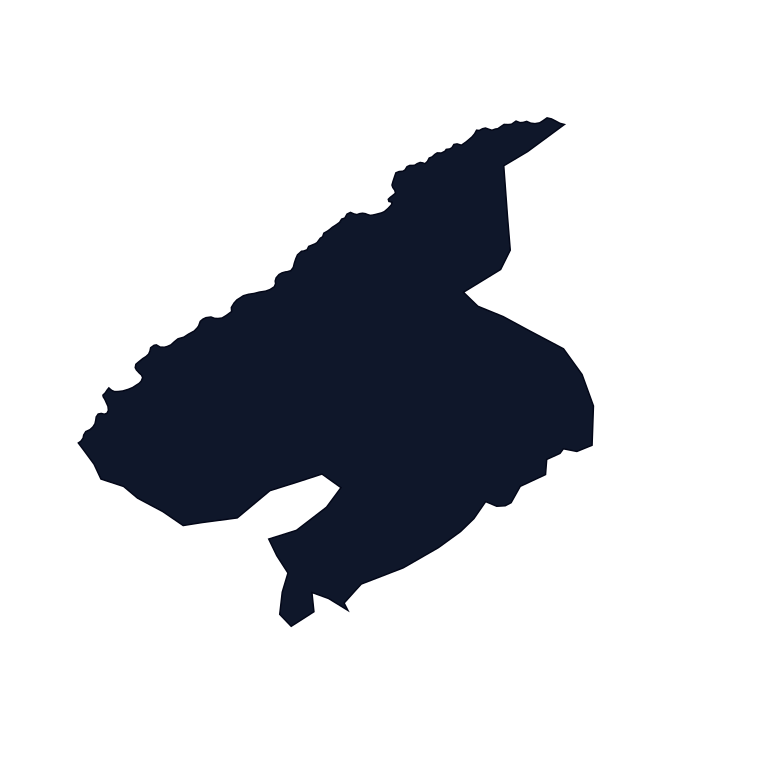 outline of Armavir, Armavir, Armenia, rotated 148°
{"feature_id": "60910142B17839565239341", "entity_name": "Armavir", "entity_type": "district", "adm_level": 2, "iso_a3": "ARM", "parent_name": "Armenia", "parent_adm1": "Armavir", "projection": "orthographic", "projection_center": [44.066, 40.108], "detail": "fine", "context": "isolated", "style": "filled", "palette": "ink", "viewbox_px": 768, "rotation_deg": 148, "n_neighbors": 0, "source": "geoboundaries", "source_scale": "gbopen_adm2", "svg_char_len": 3204}
<svg xmlns="http://www.w3.org/2000/svg" viewBox="0 0 768 768"><g transform="rotate(148 384 384)"><path d="M397.3,218.3L384.7,221.0L379.1,222.2L360.1,230.4L353.2,220.6L345.7,216.5L339.1,216.0L322.7,225.0L295.0,221.6L286.0,233.8L271.5,231.9L266.2,234.0L256.2,224.6L240.0,221.8L218.0,254.4L211.0,287.1L213.1,318.7L233.0,353.0L247.2,378.0L263.2,400.2L268.0,419.7L224.4,419.3L206.0,430.6L190.5,460.6L166.8,505.6L139.0,505.0L93.5,508.5L96.7,511.9L99.1,516.1L101.5,520.1L104.7,523.3L110.0,523.0L113.6,523.0L118.0,524.8L121.4,527.5L123.8,531.1L127.4,532.1L130.2,533.6L132.7,537.0L138.2,536.7L141.2,538.2L144.6,540.5L147.8,540.4L152.2,540.2L154.4,541.2L158.0,542.0L160.1,544.5L162.3,547.3L165.2,548.3L168.8,548.5L171.0,550.2L174.5,548.2L178.5,546.9L185.9,545.8L191.8,545.5L194.8,548.9L197.8,550.1L201.2,548.4L203.7,548.5L206.9,550.0L209.0,549.1L213.0,549.5L216.4,551.8L219.0,551.8L223.0,551.1L225.9,551.7L229.1,549.8L232.5,549.1L234.0,551.0L235.9,552.7L239.1,553.3L241.8,553.2L243.6,554.0L246.3,555.7L249.3,556.1L252.8,554.4L255.2,554.4L258.6,556.2L262.0,556.8L265.7,553.8L269.3,550.8L271.8,548.5L272.0,547.8L272.4,545.9L272.2,542.5L273.2,539.7L279.7,539.0L282.5,538.4L283.1,536.2L282.2,535.4L280.9,533.7L282.8,532.0L287.7,530.7L292.3,530.0L295.3,530.4L300.4,532.0L300.5,532.0L304.2,533.3L306.3,534.3L308.3,536.6L309.5,538.3L311.7,540.2L314.4,541.4L317.2,542.0L319.3,544.1L321.5,547.3L325.3,547.7L329.3,545.5L332.5,546.3L336.0,544.6L341.3,544.3L344.7,544.3L348.1,543.8L350.8,543.6L355.1,543.8L358.0,541.4L360.8,541.4L365.8,539.4L368.1,539.4L372.8,540.2L374.9,540.6L378.1,538.6L381.9,539.4L383.6,540.3L388.9,539.4L392.4,537.0L396.0,534.0L399.1,531.0L402.9,529.5L406.5,530.5L408.2,531.3L411.6,532.3L415.0,532.5L419.2,531.2L421.7,529.0L422.8,526.5L425.5,524.6L430.6,524.5L435.2,525.5L441.0,528.0L446.1,529.6L451.4,531.9L456.5,533.4L460.3,533.3L464.1,533.3L468.1,532.2L472.9,529.8L474.0,527.8L474.8,526.2L476.3,526.1L481.6,525.7L486.4,525.8L490.0,527.5L492.1,528.9L493.0,529.6L495.2,532.5L499.8,534.6L503.2,535.0L506.6,534.5L510.4,531.5L512.5,530.6L516.9,529.5L523.3,529.9L529.0,529.8L534.7,531.5L539.1,531.0L544.0,530.1L548.0,530.7L550.6,531.5L554.2,533.8L555.0,535.3L556.3,537.8L558.5,538.7L562.7,538.4L565.0,536.0L567.7,534.1L571.3,533.4L575.1,533.4L580.8,532.7L584.0,532.2L586.3,529.7L586.5,527.1L586.1,525.2L585.8,523.3L584.9,520.1L585.3,517.3L588.5,515.0L591.4,514.3L594.1,514.3L599.0,514.2L603.7,515.0L609.2,516.5L613.4,518.5L616.6,520.4L618.3,522.9L619.0,525.0L619.4,526.5L621.8,525.7L625.1,524.2L628.3,523.5L628.4,523.1L628.9,522.0L628.9,518.8L629.5,514.6L629.9,511.4L631.7,507.7L634.5,506.0L637.2,506.6L639.4,508.9L642.3,510.0L645.5,508.6L647.6,506.1L650.1,503.5L653.7,501.8L657.5,501.1L661.5,501.6L662.1,501.7L665.7,499.9L667.8,497.6L671.4,496.1L674.5,496.0L673.7,487.0L672.4,469.7L674.4,453.4L659.1,435.1L653.5,417.8L639.2,393.0L629.3,370.4L611.9,363.0L579.4,348.2L537.3,354.0L509.2,346.7L484.3,340.5L475.4,318.9L498.0,310.0L535.8,306.3L563.9,313.6L565.9,295.2L565.6,274.6L580.6,261.4L594.5,243.9L591.1,227.7L564.1,228.0L555.6,245.4L544.7,231.5L534.6,211.2L533.9,219.4L532.1,219.9L517.5,224.1L509.3,226.4L465.1,217.9L424.6,216.4L397.3,218.3Z" fill="#0f172a" stroke="#020617" stroke-width="1.5"/></g></svg>